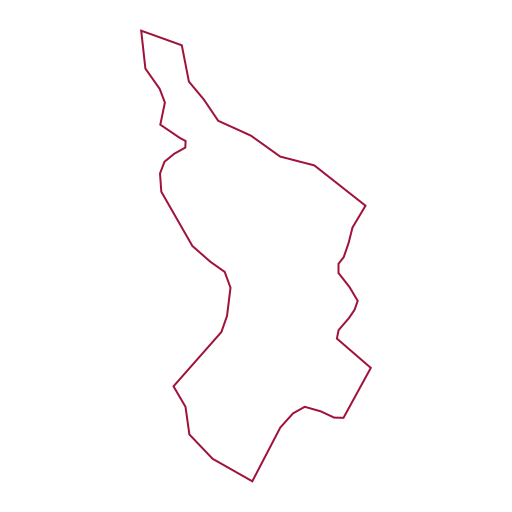 an SVG outline of Zrece
{"feature_id": "SVN-1007", "entity_name": "Zrece", "entity_type": "Municipality", "adm_level": 1, "iso_a3": "SVN", "parent_name": "Slovenia", "parent_adm1": "", "projection": "orthographic", "projection_center": [15.368, 46.408], "detail": "fine", "context": "isolated", "style": "outline", "palette": "rose", "viewbox_px": 512, "rotation_deg": 0, "n_neighbors": 0, "source": "natural_earth", "source_scale": "10m", "svg_char_len": 721}
<svg xmlns="http://www.w3.org/2000/svg" viewBox="0 0 512 512"><path d="M173.5,386.3L221.4,332.0L227.0,316.0L230.5,287.7L224.7,271.9L210.4,261.8L192.4,246.0L161.3,191.7L160.0,173.5L164.5,161.7L174.3,153.7L185.3,147.6L185.6,141.0L179.8,137.9L160.3,124.7L164.9,102.6L159.7,88.9L145.4,68.6L141.2,30.7L181.8,45.3L188.9,81.6L203.9,99.6L218.2,120.8L251.0,135.7L280.2,156.6L314.3,165.4L365.5,205.7L352.5,227.5L348.6,243.0L343.7,257.2L338.5,263.8L338.5,273.0L349.6,287.2L357.7,300.9L354.5,309.9L349.0,318.0L338.6,330.1L336.9,338.6L370.8,367.9L343.5,417.8L334.1,417.6L320.9,411.4L304.7,406.8L293.0,413.4L280.3,427.5L252.3,481.3L212.6,458.8L189.4,434.5L185.5,406.8L173.5,386.3Z" fill="none" stroke="#9f1239" stroke-width="2"/></svg>